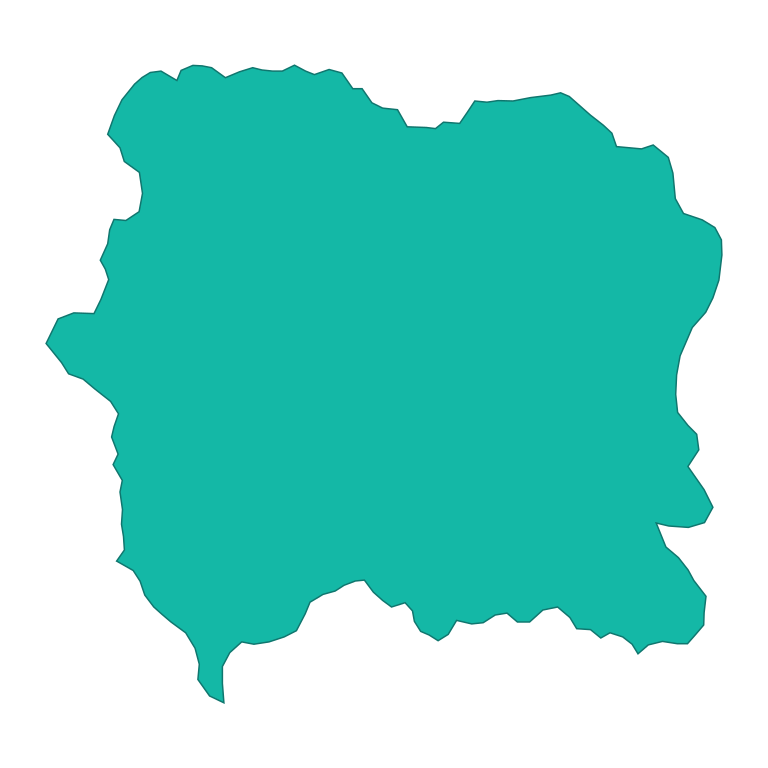 Tejupá, São Paulo, Brazil
{"feature_id": "56859067B53062032582919", "entity_name": "Tejupá", "entity_type": "district", "adm_level": 2, "iso_a3": "BRA", "parent_name": "Brazil", "parent_adm1": "São Paulo", "projection": "natural_earth1", "projection_center": [-49.31, -23.348], "detail": "fine", "context": "isolated", "style": "filled", "palette": "teal", "viewbox_px": 768, "rotation_deg": 0, "n_neighbors": 0, "source": "geoboundaries", "source_scale": "gbopen_adm2", "svg_char_len": 2197}
<svg xmlns="http://www.w3.org/2000/svg" viewBox="0 0 768 768"><path d="M116.6,561.1L133.2,570.5L140.1,581.2L144.8,595.1L153.8,607.0L162.2,614.5L171.0,622.0L185.7,632.8L195.1,648.3L199.3,664.2L197.9,679.5L209.6,696.0L223.9,702.8L222.4,683.4L222.4,666.5L229.8,652.6L241.7,641.9L253.9,644.2L269.0,641.9L284.2,636.9L296.4,630.7L305.2,613.8L310.0,602.2L323.0,594.4L335.2,591.0L344.0,585.3L355.3,581.0L364.4,580.1L373.4,592.2L382.6,600.4L391.5,607.0L405.1,602.7L412.5,610.9L414.4,621.4L420.7,631.4L429.1,635.0L438.1,640.7L448.2,634.4L456.6,620.4L471.7,623.9L483.2,622.7L495.2,615.0L507.0,613.1L517.4,622.0L529.6,622.0L542.9,610.0L557.6,607.0L569.9,617.5L576.7,628.7L590.5,629.6L600.8,638.0L610.0,632.8L622.7,636.9L632.1,644.2L638.0,653.8L648.3,644.9L662.5,641.4L677.2,643.7L687.5,643.7L695.7,634.4L703.7,625.0L704.1,612.7L706.0,596.3L693.8,580.5L688.1,570.0L678.5,557.7L665.9,547.0L656.2,523.0L668.8,526.0L688.4,527.4L704.5,522.6L712.9,507.3L704.1,489.7L687.9,466.5L698.8,449.8L696.7,434.3L687.9,425.4L677.6,412.4L675.7,394.4L676.6,375.0L680.1,355.8L692.3,327.5L705.7,312.3L712.9,297.9L718.9,280.1L721.9,255.0L721.4,239.9L714.9,227.6L702.3,219.9L683.5,213.5L675.3,198.6L672.9,173.1L668.3,157.4L653.2,145.0L641.5,148.9L616.5,146.6L611.9,133.2L603.3,125.2L590.5,115.2L569.3,96.5L560.6,92.8L550.8,95.1L530.6,97.6L513.0,101.0L497.9,100.6L487.0,102.2L474.8,101.0L467.4,112.2L459.7,123.4L443.5,122.2L435.5,128.6L426.3,127.5L407.2,126.8L397.5,109.7L382.6,108.1L371.9,102.8L362.1,88.7L352.8,88.7L341.9,73.0L329.1,69.5L314.4,74.6L305.6,71.1L294.5,65.2L282.3,71.1L272.7,71.1L262.0,70.0L252.7,67.7L239.5,71.8L225.4,77.7L211.6,67.7L202.3,65.9L192.9,65.4L181.1,70.4L176.9,80.5L161.0,71.1L150.3,72.5L142.1,77.5L134.6,84.1L121.9,99.9L114.4,115.6L107.7,134.3L120.0,147.8L124.3,161.5L139.4,172.4L142.5,193.4L139.1,211.7L125.9,220.5L114.0,219.4L109.7,229.7L107.7,243.8L100.3,260.2L105.3,269.1L108.7,279.6L100.9,299.5L94.0,313.6L73.8,312.9L58.1,318.9L46.1,343.5L61.6,362.7L68.6,373.8L83.1,379.1L95.0,389.1L110.6,401.4L118.5,413.8L114.1,426.5L111.6,437.0L118.1,454.1L113.1,464.6L122.3,480.4L120.0,492.0L122.5,509.6L121.5,524.2L123.5,536.5L124.4,550.0L116.6,561.1Z" fill="#14b8a6" stroke="#0f766e" stroke-width="1.5"/></svg>